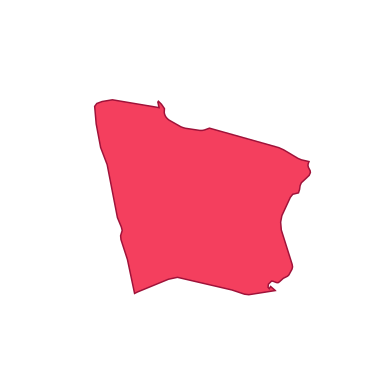 Tadjourah, Equal Earth projection, rotated 320°
{"feature_id": "DJI-1571", "entity_name": "Tadjourah", "entity_type": "Region", "adm_level": 1, "iso_a3": "DJI", "parent_name": "Djibouti", "parent_adm1": "", "projection": "equal_earth", "projection_center": [42.622, 12.035], "detail": "fine", "context": "isolated", "style": "filled", "palette": "rose", "viewbox_px": 384, "rotation_deg": 320, "n_neighbors": 0, "source": "natural_earth", "source_scale": "10m", "svg_char_len": 1073}
<svg xmlns="http://www.w3.org/2000/svg" viewBox="0 0 384 384"><g transform="rotate(320 192 192)"><path d="M82.8,232.8L99.1,202.3L107.0,182.8L109.2,179.6L113.8,176.6L115.4,173.3L118.4,163.7L144.6,116.5L150.6,99.2L162.4,78.2L172.5,63.8L176.0,63.0L181.3,64.9L190.3,70.2L221.0,106.2L223.6,101.2L224.6,100.9L225.0,105.1L224.5,110.4L221.8,113.3L221.1,114.6L220.5,116.3L220.2,118.2L220.3,120.3L220.7,122.3L225.3,134.7L226.4,136.7L227.8,138.8L237.6,149.9L239.4,151.4L241.4,152.5L246.4,154.3L287.0,213.8L289.3,218.6L294.8,234.4L296.5,237.7L301.2,243.9L299.2,245.0L297.9,246.2L297.0,248.0L296.2,251.6L295.2,253.2L292.4,254.6L281.7,255.2L278.9,256.6L275.9,259.3L273.0,261.1L267.7,258.5L263.9,259.3L245.6,267.9L240.5,272.1L236.0,278.5L222.2,311.8L220.9,314.0L219.0,315.4L212.9,317.8L211.1,317.9L206.4,316.8L201.2,317.0L199.6,316.8L198.5,315.7L196.6,312.3L195.6,311.4L191.3,311.7L189.0,313.9L189.0,315.7L191.5,314.9L192.4,320.7L192.4,321.0L169.5,307.2L166.5,304.0L159.6,292.7L126.0,248.0L117.9,243.7L86.1,233.6L82.8,232.8Z" fill="#f43f5e" stroke="#9f1239" stroke-width="1.5"/></g></svg>